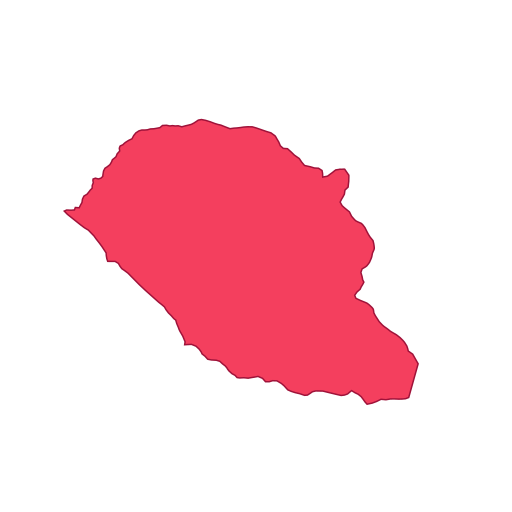 the district of Kasipul, Nyanza, Kenya, rotated 292°
{"feature_id": "3690345B61391920402880", "entity_name": "Kasipul", "entity_type": "district", "adm_level": 2, "iso_a3": "KEN", "parent_name": "Kenya", "parent_adm1": "Nyanza", "projection": "equal_earth", "projection_center": [34.715, -0.502], "detail": "fine", "context": "isolated", "style": "filled", "palette": "rose", "viewbox_px": 512, "rotation_deg": 292, "n_neighbors": 0, "source": "geoboundaries", "source_scale": "gbopen_adm2", "svg_char_len": 3774}
<svg xmlns="http://www.w3.org/2000/svg" viewBox="0 0 512 512"><g transform="rotate(292 256 256)"><path d="M223.7,438.0L224.9,432.8L227.0,431.3L229.0,429.6L231.6,426.0L232.8,423.7L234.3,420.1L235.5,415.9L236.4,409.7L236.8,407.9L237.3,406.5L238.2,403.0L238.5,401.5L239.3,399.1L241.2,394.9L243.8,391.2L244.7,389.9L245.5,388.8L247.4,386.6L250.0,385.1L250.9,384.3L251.7,382.9L253.1,379.3L253.8,376.9L253.9,375.3L253.9,369.5L254.2,364.5L255.6,363.1L256.6,362.2L260.4,363.1L264.2,365.0L266.7,365.1L269.7,365.6L272.2,365.8L273.8,363.9L276.6,362.1L280.0,359.4L283.8,359.2L286.8,361.5L288.3,362.4L290.9,363.2L292.7,363.6L295.8,363.7L297.4,363.7L298.7,363.6L302.3,362.9L305.9,363.0L307.0,362.9L308.1,362.5L310.3,361.3L311.6,360.5L314.1,358.7L316.3,354.7L318.0,352.3L320.0,349.9L323.1,346.4L325.0,343.2L325.7,341.4L325.8,337.3L326.0,335.4L326.5,334.0L328.6,329.8L331.9,326.1L333.2,321.9L333.9,319.7L334.9,317.0L337.5,313.8L341.1,314.1L342.8,314.4L346.4,314.8L350.4,313.8L354.4,315.6L357.8,314.6L359.7,314.1L360.8,313.7L364.3,312.4L365.7,311.8L369.7,305.7L369.5,305.0L368.5,302.9L367.8,301.1L367.1,300.1L366.3,298.7L365.6,297.6L365.2,297.4L363.9,296.6L363.1,296.2L362.8,296.0L361.9,295.5L360.3,294.5L356.8,292.4L354.2,288.3L357.7,286.7L360.0,285.2L360.8,281.1L359.5,277.2L359.1,273.0L358.1,267.1L360.1,263.3L362.6,259.6L363.9,253.8L365.6,249.7L367.3,245.0L366.0,241.0L367.3,237.3L370.2,234.4L372.4,231.5L374.4,229.0L375.8,223.7L375.4,219.5L375.2,216.0L375.0,211.8L374.8,208.2L374.4,204.3L372.8,200.1L370.9,196.2L369.3,193.5L367.6,190.4L366.2,187.5L364.3,184.2L364.2,178.6L364.2,174.4L363.7,171.4L363.4,167.9L363.3,163.1L362.9,158.5L362.1,154.3L360.4,151.6L358.0,150.0L356.0,148.6L353.8,146.7L351.8,144.0L350.2,141.7L348.0,138.8L347.6,135.1L346.3,132.4L345.6,129.7L344.3,127.4L343.7,124.1L342.0,120.4L339.0,118.8L337.3,116.2L335.7,113.6L334.2,110.4L332.3,108.0L331.1,105.6L330.0,102.9L328.2,100.6L325.2,98.5L321.9,97.5L318.2,97.1L315.5,94.6L312.3,92.3L311.5,91.9L311.1,91.7L310.8,91.5L310.2,91.3L309.3,90.9L308.7,90.3L307.9,89.6L307.2,88.9L306.4,88.8L305.8,88.8L304.7,88.9L302.3,90.3L298.8,89.0L295.6,89.0L293.6,88.0L291.5,86.8L288.9,86.8L285.9,86.3L283.1,84.7L280.8,83.1L277.7,82.8L274.6,83.5L272.3,84.1L270.0,83.0L268.4,81.0L268.0,77.9L266.3,76.1L264.7,76.6L263.0,77.7L260.1,77.7L257.4,78.7L255.2,77.7L253.0,77.1L250.0,76.2L247.1,74.0L243.7,73.8L240.4,74.6L237.4,74.2L234.5,74.0L233.3,70.3L230.7,70.4L229.2,67.4L227.7,63.2L225.8,61.4L224.0,65.5L222.5,70.5L220.4,77.5L218.9,82.6L217.9,86.4L217.2,90.9L215.8,94.0L213.9,98.3L211.9,101.4L209.4,105.8L207.0,109.7L202.7,115.9L200.2,117.1L197.6,118.7L195.5,120.5L196.8,123.9L198.2,127.4L197.6,131.2L195.5,133.8L194.0,136.3L193.3,139.4L192.2,143.6L185.8,158.4L182.8,166.1L176.7,183.1L175.6,186.9L174.5,190.2L172.5,192.7L170.4,196.2L168.9,199.9L167.5,202.6L166.9,204.0L166.6,205.5L163.7,207.8L160.8,210.7L159.2,212.1L157.8,213.6L154.3,218.1L149.9,222.4L147.0,223.1L148.3,225.8L149.9,229.3L149.9,234.2L148.3,238.3L146.6,241.0L145.0,242.7L144.0,246.2L142.2,249.9L142.9,253.5L143.7,255.9L144.5,258.3L144.8,261.9L143.5,265.3L142.5,268.8L141.3,271.0L140.5,272.0L139.3,274.0L137.9,277.8L137.5,281.3L136.2,284.0L136.8,286.5L138.6,290.4L139.8,294.5L141.5,297.2L143.0,299.7L145.1,303.0L145.0,307.9L143.0,311.9L144.4,315.4L146.6,318.1L148.1,322.2L147.4,326.9L146.3,330.4L143.8,335.6L143.7,339.3L144.0,343.5L144.7,348.0L145.0,353.2L146.3,355.8L148.4,357.3L151.3,359.2L153.3,362.0L155.8,368.6L156.8,375.5L157.9,382.9L158.6,387.2L160.2,390.1L162.4,392.6L165.1,394.0L167.0,395.1L166.3,399.0L166.1,402.5L165.0,406.2L163.0,409.5L161.5,411.8L160.2,414.5L163.1,418.8L166.3,422.3L170.0,425.6L171.4,430.3L173.8,434.2L175.3,437.8L176.8,442.0L178.1,445.0L179.7,448.1L182.0,450.6L216.8,446.7L223.7,438.0Z" fill="#f43f5e" stroke="#9f1239" stroke-width="1.5"/></g></svg>